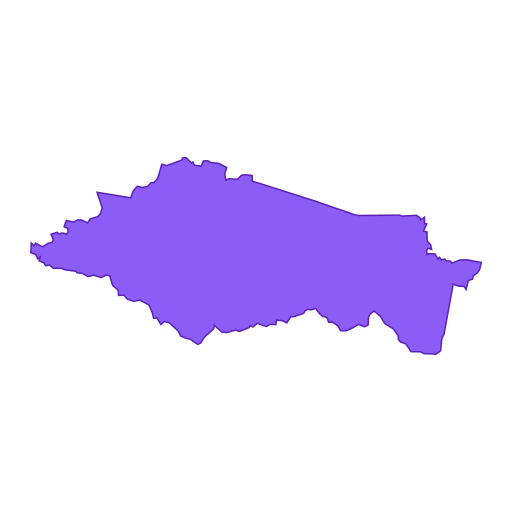 outline of Maricao, Puerto Rico
{"feature_id": "32010507B97201459085327", "entity_name": "Maricao", "entity_type": "district", "adm_level": 2, "iso_a3": "PRI", "parent_name": "Puerto Rico", "parent_adm1": "", "projection": "equal_earth", "projection_center": [-66.947, 18.173], "detail": "fine", "context": "isolated", "style": "filled", "palette": "violet", "viewbox_px": 512, "rotation_deg": 0, "n_neighbors": 0, "source": "geoboundaries", "source_scale": "gbopen_adm2", "svg_char_len": 2454}
<svg xmlns="http://www.w3.org/2000/svg" viewBox="0 0 512 512"><path d="M481.3,262.5L466.8,259.8L459.8,260.0L451.9,263.1L450.2,261.0L446.1,260.8L444.9,259.0L441.3,259.8L439.6,257.4L437.9,259.0L435.0,254.0L428.7,253.6L427.2,254.7L426.6,250.6L428.0,248.3L431.6,249.4L430.7,244.9L427.2,241.1L427.0,231.9L423.5,231.1L426.7,223.9L424.6,223.6L424.4,217.3L420.7,219.9L419.8,217.5L416.4,215.3L409.9,215.7L401.8,216.1L399.6,215.1L359.7,215.5L355.6,215.0L352.8,214.1L317.6,202.0L317.3,201.8L260.0,183.5L252.3,181.3L252.2,175.5L246.7,174.8L241.8,175.0L237.2,179.4L229.0,178.6L226.1,180.4L224.7,174.0L226.7,167.5L218.8,163.4L210.1,162.4L208.0,160.8L203.5,160.9L201.2,166.1L194.4,165.2L192.8,162.0L191.6,163.0L186.0,157.6L182.6,157.9L181.5,160.2L166.7,165.6L161.8,164.2L157.7,178.4L153.9,182.5L151.0,182.7L147.6,186.5L142.1,187.4L137.3,186.3L133.1,191.1L130.7,197.8L97.1,192.3L102.2,208.0L100.5,213.6L97.8,216.6L90.2,218.9L87.6,222.8L81.2,219.9L78.0,219.8L73.4,222.1L66.3,220.4L64.1,226.7L67.7,228.4L68.1,232.2L66.5,234.1L61.9,232.9L59.0,234.2L57.0,232.3L51.1,234.2L53.4,240.1L52.1,242.4L47.8,243.4L43.5,246.3L41.6,246.4L35.6,243.1L34.1,246.0L31.3,243.0L31.0,250.8L30.7,252.7L35.7,254.4L37.7,258.8L40.0,257.1L39.1,260.9L43.9,262.8L45.7,265.7L49.7,265.1L53.2,268.3L61.3,268.3L65.1,269.8L75.9,271.3L77.1,272.8L82.6,273.4L88.0,276.6L93.8,275.2L96.3,276.0L100.9,277.6L106.3,275.1L109.7,275.7L112.7,285.5L118.1,290.1L118.6,295.4L123.9,295.1L127.5,299.3L133.8,301.2L135.5,301.1L139.5,300.0L148.9,305.0L152.2,312.5L153.6,318.3L157.0,318.0L160.8,324.5L164.2,321.6L169.0,322.6L178.0,330.8L180.7,336.0L185.2,338.0L190.0,339.1L197.7,344.4L200.7,343.1L204.1,337.4L213.6,328.8L214.3,325.3L221.8,332.0L226.6,332.6L236.0,330.0L239.2,331.5L248.5,327.9L250.3,325.7L253.1,326.9L257.2,323.4L266.6,326.5L270.3,324.3L275.9,324.6L276.4,320.1L282.4,320.7L286.8,322.9L290.9,316.5L292.9,316.9L303.6,313.4L305.0,310.9L307.8,309.2L310.6,309.9L315.8,308.5L319.2,313.3L322.9,316.5L326.8,317.2L328.6,322.2L332.9,322.3L337.8,325.8L340.6,330.8L346.0,330.8L351.2,328.7L358.6,324.4L364.3,326.8L368.1,325.1L368.5,317.2L370.1,314.0L374.0,311.0L380.3,316.2L384.8,323.5L393.6,329.1L398.2,335.6L398.3,339.5L400.4,341.9L405.9,344.0L411.1,351.7L420.5,351.8L424.2,353.7L433.2,353.9L435.6,354.4L440.6,350.8L441.8,338.6L444.0,334.2L453.2,284.2L458.6,286.1L464.2,286.5L466.1,289.4L468.4,280.4L472.4,279.3L473.1,276.1L477.8,272.4L479.7,269.3L481.3,262.5Z" fill="#8b5cf6" stroke="#5b21b6" stroke-width="1.5"/></svg>